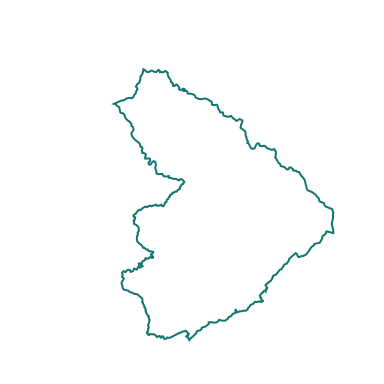 Juara, Mato Grosso, Brazil (orthographic projection), rotated 149°
{"feature_id": "56859067B67844091426468", "entity_name": "Juara", "entity_type": "district", "adm_level": 2, "iso_a3": "BRA", "parent_name": "Brazil", "parent_adm1": "Mato Grosso", "projection": "orthographic", "projection_center": [-57.533, -11.229], "detail": "fine", "context": "isolated", "style": "outline", "palette": "teal", "viewbox_px": 384, "rotation_deg": 149, "n_neighbors": 0, "source": "geoboundaries", "source_scale": "gbopen_adm2", "svg_char_len": 5974}
<svg xmlns="http://www.w3.org/2000/svg" viewBox="0 0 384 384"><g transform="rotate(149 192 192)"><path d="M270.6,66.5L267.8,67.5L266.6,67.5L261.8,68.6L259.4,70.1L258.5,70.1L256.3,69.1L254.3,69.6L253.8,70.5L253.2,70.6L249.5,69.8L246.0,70.2L245.3,70.6L244.8,71.7L242.2,70.3L240.1,68.5L238.1,67.6L236.0,67.7L234.5,68.5L232.9,66.6L230.1,64.7L227.0,64.8L224.9,65.9L222.2,65.5L219.9,66.7L217.8,66.0L216.8,66.5L215.0,69.3L215.5,65.6L212.5,65.1L211.0,64.2L210.0,64.2L206.9,62.5L204.7,62.8L203.3,63.9L201.9,63.9L200.8,64.8L199.5,65.0L197.0,64.6L195.2,65.4L194.3,65.3L193.2,64.3L190.9,63.7L188.9,61.8L187.5,61.9L187.2,62.6L187.9,63.5L187.7,65.1L187.2,65.8L187.8,66.5L187.1,68.3L185.4,69.1L182.6,69.4L182.2,69.9L181.2,70.2L180.2,70.0L180.0,68.9L178.4,70.7L177.6,70.4L177.0,71.2L177.3,71.7L176.8,73.2L177.0,74.0L176.5,74.6L170.0,75.4L167.3,76.8L166.4,77.9L164.8,78.5L163.7,78.0L161.9,78.1L157.2,80.0L155.0,79.8L150.1,82.3L147.8,81.8L144.8,83.2L142.7,84.8L134.6,86.2L134.1,84.5L134.4,82.1L134.1,81.2L129.9,80.3L129.5,79.8L126.3,79.7L122.2,81.2L119.1,82.9L116.4,83.6L115.1,83.5L114.0,84.4L108.5,82.8L104.4,85.1L103.3,86.6L102.0,87.2L101.0,86.9L98.6,87.5L97.9,88.6L97.2,88.8L96.6,88.7L92.1,84.1L90.6,86.5L88.6,92.8L84.2,97.4L83.0,99.8L81.5,101.5L81.4,102.8L80.7,104.3L80.8,105.3L85.0,110.8L85.3,112.2L84.6,114.5L87.5,118.2L86.6,121.6L87.3,123.5L87.2,125.1L88.9,129.7L92.0,134.0L91.9,135.8L89.3,143.8L89.4,147.0L90.1,150.1L89.8,153.7L91.1,154.8L92.2,157.0L94.1,158.0L93.7,159.8L94.9,162.4L96.1,162.8L97.5,161.8L98.9,162.4L100.0,165.9L102.6,168.5L102.1,170.4L102.9,173.1L102.6,177.5L103.0,178.7L101.2,180.5L99.3,183.3L99.5,186.5L101.8,186.9L104.9,190.6L105.7,193.8L106.6,194.7L108.0,194.9L109.7,196.2L110.2,196.9L109.5,198.4L110.3,199.8L112.0,199.8L115.9,197.2L117.9,197.7L118.9,199.4L118.5,203.6L118.7,204.7L119.3,205.6L118.0,206.4L118.0,208.6L117.1,211.2L117.0,212.7L115.6,215.1L115.2,216.9L117.3,222.0L115.8,223.9L112.3,226.6L112.0,227.5L113.6,230.0L117.2,230.0L117.5,230.3L117.7,231.7L118.7,233.6L119.3,236.9L119.7,237.3L121.5,237.4L123.2,238.6L125.6,241.3L124.6,244.2L125.3,245.0L126.7,245.5L126.8,246.0L126.4,247.3L126.6,248.6L126.3,251.1L125.6,253.5L126.1,254.3L128.2,255.0L129.7,256.3L129.8,256.7L129.0,258.0L128.9,259.7L131.0,263.6L133.0,265.7L136.4,266.7L138.8,268.9L140.2,271.4L139.9,273.9L142.0,276.6L144.9,278.5L144.9,279.4L144.3,280.4L144.6,281.6L146.3,282.2L147.3,283.3L145.5,283.8L145.6,284.4L146.3,285.0L149.3,285.3L150.1,286.2L150.2,286.7L149.1,288.5L149.7,291.9L150.2,292.3L152.5,291.9L153.4,292.5L153.4,293.1L152.5,294.9L153.3,297.1L152.6,299.0L152.9,302.1L152.3,305.4L151.4,306.8L152.4,309.4L155.5,309.5L156.9,311.1L157.8,311.3L157.3,313.1L158.0,314.0L159.8,313.3L161.0,313.3L162.8,314.8L163.6,316.6L164.1,316.9L168.0,317.3L169.2,318.7L169.5,320.6L170.4,322.2L173.2,319.2L175.2,317.9L176.5,317.7L178.5,314.9L181.2,312.7L183.0,312.8L185.8,311.2L185.5,309.4L185.9,308.1L188.1,307.0L189.2,305.7L191.7,304.8L193.0,303.8L195.1,303.2L195.9,304.1L197.9,305.2L199.8,305.8L203.7,305.8L205.5,306.8L213.4,307.7L212.2,306.5L211.8,304.1L210.6,302.4L212.5,297.2L212.2,296.3L210.9,295.3L210.2,294.1L210.3,292.1L210.8,291.0L210.8,289.2L210.3,286.4L209.5,285.1L208.9,282.6L208.9,281.5L209.9,279.9L209.2,278.5L209.6,276.3L210.3,275.3L212.9,274.0L214.1,272.9L214.6,270.4L214.2,266.9L211.9,260.6L212.8,257.2L211.9,256.5L211.8,255.7L212.2,254.6L213.4,253.7L214.4,251.5L214.4,251.0L213.7,250.8L212.5,248.8L212.3,247.7L214.6,245.6L214.9,244.7L211.1,242.6L210.9,242.1L211.6,240.5L213.9,239.7L214.7,238.3L214.4,237.3L213.5,236.9L210.6,238.1L209.2,238.2L208.3,237.4L208.0,236.4L209.1,233.5L210.5,232.4L211.4,231.0L211.8,228.5L212.9,226.2L211.9,224.7L208.3,222.9L208.1,220.1L206.0,218.4L203.7,217.6L204.5,216.2L202.8,214.9L201.6,213.2L199.0,211.5L197.6,209.1L197.2,208.7L196.2,209.1L195.3,208.9L194.1,208.1L193.3,204.9L193.6,204.3L194.3,204.4L195.8,203.4L197.4,203.7L198.1,203.0L200.1,202.3L200.7,200.9L201.2,200.8L202.9,201.1L204.8,200.2L206.7,201.1L207.7,200.7L209.1,201.4L210.2,200.5L212.5,200.7L213.5,199.3L214.6,199.5L216.1,198.3L217.7,198.3L219.1,196.6L220.7,196.8L221.2,196.1L223.7,194.6L224.5,194.9L225.0,196.1L224.8,196.9L227.3,197.3L228.8,198.1L229.2,198.4L229.1,199.5L229.7,199.8L230.9,199.8L232.3,200.5L233.9,200.5L234.6,201.1L234.8,201.9L236.4,202.3L238.1,202.1L239.7,203.6L242.9,203.5L245.5,203.0L246.1,203.8L247.9,203.9L251.8,202.3L254.0,202.2L254.4,202.0L254.6,200.4L253.7,199.6L255.1,197.9L256.8,197.6L256.8,196.4L258.0,195.2L258.1,194.6L256.6,192.1L256.0,189.7L256.6,188.1L257.8,185.8L259.5,185.2L260.2,183.5L261.7,182.6L263.3,180.6L264.4,177.8L263.5,174.2L262.7,173.1L262.5,169.2L261.8,169.2L260.8,166.2L259.6,165.5L259.7,164.4L258.7,162.6L257.6,162.3L256.2,160.6L257.2,159.6L258.7,159.9L259.5,159.5L258.7,156.7L259.0,155.9L260.2,155.9L261.3,157.8L264.3,157.5L265.7,159.2L266.3,159.1L267.1,157.8L270.0,158.1L271.9,156.7L274.3,158.1L274.7,157.3L272.6,154.5L272.6,153.8L275.7,154.0L276.3,155.8L279.2,153.9L281.1,156.2L282.9,154.7L285.3,154.9L285.7,155.1L285.4,157.0L286.3,157.9L287.6,158.4L290.2,157.6L290.8,158.1L291.1,159.1L292.1,159.4L293.6,158.8L294.2,156.6L295.7,155.1L295.0,153.8L295.1,152.8L298.8,150.9L299.8,149.1L299.8,147.8L300.8,145.6L300.8,143.7L297.4,140.1L296.8,138.1L294.7,135.9L294.2,134.7L291.6,132.6L289.5,126.4L290.5,124.2L291.4,123.4L291.1,122.5L291.5,121.0L291.6,118.5L292.2,117.7L291.9,116.9L292.1,115.3L292.7,114.8L292.5,114.4L293.0,113.8L293.5,112.0L293.4,108.8L293.0,108.2L293.7,107.5L293.5,106.9L293.9,106.3L294.3,104.2L297.2,101.1L298.4,100.6L298.7,98.3L300.1,97.4L300.6,96.2L302.9,94.8L302.6,94.3L303.1,94.2L303.3,92.6L302.4,91.5L301.2,92.0L299.7,90.6L298.2,89.9L297.1,88.3L296.8,86.0L296.4,85.5L294.9,85.7L293.9,85.1L293.5,84.6L293.9,83.6L293.6,83.1L291.7,83.5L291.2,83.2L291.5,80.7L290.9,80.0L289.8,79.6L288.0,79.9L287.4,79.1L285.3,78.3L275.8,77.8L274.4,77.2L272.5,77.4L270.7,76.6L268.8,76.3L268.3,74.2L268.5,73.0L267.8,72.2L269.0,71.4L270.3,71.5L271.4,71.1L271.2,70.7L270.2,70.5L270.6,66.5Z" fill="none" stroke="#0f766e" stroke-width="2"/></g></svg>